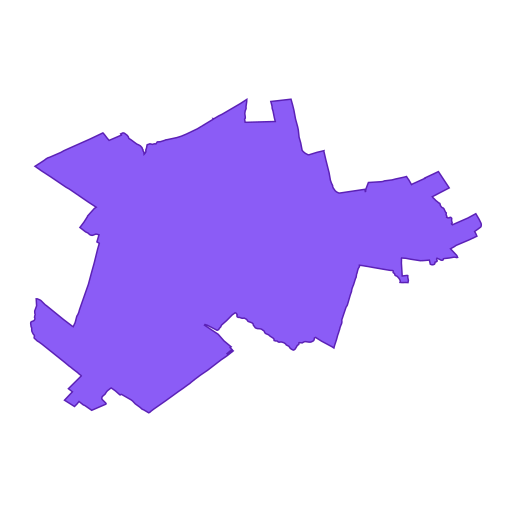 outline of Saveni, Botosani, Romania
{"feature_id": "2599482B73989625224093", "entity_name": "Saveni", "entity_type": "district", "adm_level": 2, "iso_a3": "ROU", "parent_name": "Romania", "parent_adm1": "Botosani", "projection": "equal_earth", "projection_center": [26.877, 47.965], "detail": "fine", "context": "isolated", "style": "filled", "palette": "violet", "viewbox_px": 512, "rotation_deg": 0, "n_neighbors": 0, "source": "geoboundaries", "source_scale": "gbopen_adm2", "svg_char_len": 6033}
<svg xmlns="http://www.w3.org/2000/svg" viewBox="0 0 512 512"><path d="M148.7,412.8L149.8,412.3L151.1,411.1L153.6,409.2L165.5,400.9L178.6,391.4L183.1,388.3L187.0,385.4L189.9,383.4L191.1,382.3L195.1,379.1L200.6,375.0L207.8,370.1L220.9,360.0L227.3,355.6L233.2,350.9L232.5,350.3L227.6,354.3L227.0,353.6L232.0,349.5L230.1,347.6L230.1,347.4L231.1,346.8L224.0,340.9L218.2,334.3L204.5,325.2L205.0,324.5L207.5,325.3L217.1,330.3L218.7,329.6L219.2,328.5L220.7,326.9L221.5,325.1L226.5,320.7L232.2,314.9L235.1,312.8L236.1,313.2L236.8,314.0L236.9,314.7L237.3,314.9L237.3,315.1L237.0,315.5L236.9,315.9L237.1,316.7L237.8,317.2L238.3,317.4L239.6,317.4L241.4,318.1L242.7,318.3L244.3,318.1L246.1,319.1L246.7,319.5L247.9,321.2L248.3,321.5L251.1,322.5L252.5,323.2L253.1,323.9L253.3,325.1L255.4,327.9L257.3,328.6L260.3,328.8L261.9,329.4L262.5,330.0L263.6,330.6L264.3,331.4L264.6,332.3L265.3,333.3L266.2,333.8L268.6,334.8L270.0,336.1L273.1,338.1L274.0,339.1L274.1,340.5L275.7,341.0L276.9,341.0L277.4,341.2L278.0,341.8L279.0,342.2L280.6,342.0L281.5,342.0L283.8,342.7L285.2,343.6L285.9,344.3L286.2,344.9L288.9,346.3L290.1,348.1L290.5,348.5L291.6,349.3L293.3,350.1L294.4,349.7L295.1,349.1L296.8,346.4L297.2,345.5L298.7,344.5L298.9,343.9L298.9,342.9L299.0,342.7L299.5,342.6L302.2,342.9L303.4,342.2L304.5,341.7L305.6,341.6L308.9,342.1L310.4,342.1L311.1,342.0L313.0,341.1L313.6,340.6L314.1,339.8L314.4,338.0L315.7,337.4L316.5,338.0L321.6,341.2L331.9,346.7L333.9,348.0L334.5,345.7L336.5,339.6L337.7,335.1L338.3,333.5L339.8,328.7L339.9,327.9L340.8,325.4L341.6,323.6L341.9,322.0L341.8,320.5L341.8,319.8L346.0,307.3L347.2,305.4L347.7,303.9L350.3,294.9L351.5,291.5L351.7,290.0L352.1,288.4L353.0,286.0L353.5,284.9L355.5,278.5L356.1,277.4L356.6,274.0L357.0,273.2L357.6,270.6L358.3,268.4L359.4,266.7L359.4,265.2L363.0,265.7L383.1,269.2L390.3,270.4L392.3,270.5L393.0,270.7L393.3,271.2L393.1,272.4L393.4,272.8L394.2,273.3L394.7,273.9L394.9,274.9L395.1,275.3L395.5,275.6L396.8,276.1L397.7,276.9L399.2,278.6L400.2,280.6L400.3,281.3L400.0,282.4L401.9,282.6L405.8,282.5L408.0,282.6L408.4,280.4L407.8,277.5L407.8,275.6L407.2,275.4L402.2,276.0L401.4,263.1L401.5,259.6L401.4,258.6L401.6,258.0L405.9,258.3L410.6,259.2L420.3,260.7L423.4,260.6L429.4,260.1L430.3,264.2L431.5,264.7L432.6,264.8L433.2,264.7L434.3,264.3L434.8,263.7L435.1,262.1L436.1,261.9L437.0,261.3L437.2,260.9L436.7,259.9L436.6,258.9L437.0,258.2L439.9,259.5L440.9,260.1L442.0,260.3L442.5,260.2L443.2,259.8L443.4,258.8L443.9,258.6L449.2,258.0L453.8,257.2L455.0,257.2L456.7,257.6L457.6,257.4L456.8,255.5L450.5,248.8L454.4,246.6L456.1,245.4L469.1,239.9L476.9,236.2L475.8,233.6L474.6,231.5L480.6,227.1L481.0,226.6L481.3,225.1L481.2,223.9L480.9,223.0L479.2,219.5L475.8,213.7L467.9,218.0L452.4,224.8L451.8,224.3L451.5,223.8L452.1,223.2L452.2,222.9L451.6,220.8L451.7,218.3L450.8,217.4L450.1,217.3L449.2,217.8L448.5,217.9L447.6,217.8L446.6,217.3L446.9,216.5L446.1,214.6L446.3,212.9L445.5,212.1L443.9,208.7L443.2,208.0L442.4,207.7L441.6,207.2L440.9,206.3L440.1,204.8L440.2,204.3L439.7,203.3L439.4,203.1L438.6,202.9L438.4,202.6L437.6,201.9L435.8,200.5L434.7,199.3L432.9,197.6L432.3,196.7L449.2,187.9L438.4,171.6L424.8,178.0L425.0,178.3L412.7,183.9L411.5,184.6L408.5,179.4L407.8,178.6L406.5,176.5L404.3,177.1L395.5,179.0L392.1,179.9L384.2,180.9L383.3,181.4L381.4,181.7L368.4,182.5L366.1,188.5L365.6,190.4L365.7,191.2L365.5,191.4L365.3,191.5L365.2,191.2L364.9,189.3L339.4,193.1L338.5,192.9L336.5,191.9L335.0,190.6L334.3,189.4L333.4,188.3L332.7,186.7L332.6,185.5L331.5,183.3L330.4,180.2L329.1,172.8L325.8,159.7L323.8,151.0L323.9,150.7L317.1,152.3L309.0,154.8L308.1,154.8L305.4,153.4L303.9,152.2L303.0,151.4L302.1,150.2L300.7,142.9L299.5,138.6L299.1,137.3L298.3,129.9L297.7,127.0L295.5,118.9L293.9,110.2L292.7,105.3L291.0,99.2L270.8,101.5L272.0,106.0L272.2,108.5L273.0,111.0L274.4,118.0L275.3,121.5L246.7,122.3L245.1,122.2L244.6,119.1L245.1,118.5L245.3,118.0L245.2,116.4L244.8,113.6L245.2,110.8L245.9,109.2L246.1,108.4L246.0,106.7L246.7,101.7L246.8,99.4L240.3,103.6L222.0,114.3L218.7,115.9L214.3,118.5L213.7,118.7L213.1,118.6L213.4,119.1L197.4,128.8L186.3,134.1L181.3,136.2L176.8,137.6L167.0,139.7L165.9,139.8L164.8,140.3L160.4,141.7L157.3,141.9L155.9,143.9L154.3,143.8L152.4,144.4L150.5,143.9L149.4,143.9L148.6,144.3L147.2,144.7L146.8,146.2L146.6,147.7L145.8,150.0L145.9,151.6L145.8,152.0L145.2,152.8L145.0,153.3L144.1,154.3L143.8,151.9L143.0,150.8L143.0,149.8L142.4,148.8L142.0,147.6L140.3,145.8L138.7,144.9L136.7,144.0L130.5,139.4L129.2,138.7L128.7,138.0L128.3,136.8L127.3,135.4L124.7,133.4L123.9,133.0L122.9,132.9L120.7,133.9L121.5,135.0L121.4,135.1L109.1,140.4L107.2,138.2L104.3,134.4L102.9,132.9L90.1,139.0L69.2,148.3L63.7,150.8L60.9,152.4L49.8,157.2L47.7,157.9L45.9,159.0L44.4,160.2L35.0,166.3L41.4,170.8L50.5,176.7L66.0,187.2L69.4,189.1L88.2,202.0L96.2,207.2L94.3,208.5L87.6,216.0L87.4,216.7L83.9,222.2L79.9,227.5L85.6,231.9L87.8,232.9L89.6,234.5L90.4,235.0L91.6,235.3L92.7,235.3L95.8,234.1L96.9,234.2L99.0,234.8L96.9,241.9L99.3,243.3L97.6,249.2L94.2,263.0L91.5,272.7L88.4,284.3L86.2,290.5L79.5,309.7L78.8,312.3L77.8,314.6L76.8,316.2L75.3,322.0L74.7,323.7L74.3,324.2L74.2,324.6L73.2,326.7L71.9,325.9L63.5,319.5L46.4,305.6L45.3,304.9L41.0,300.6L39.9,299.9L37.2,298.8L36.2,298.8L36.6,305.8L34.7,311.0L34.8,313.2L35.2,314.6L34.8,315.8L34.5,317.4L34.9,318.0L34.9,318.6L34.7,319.5L34.1,320.5L33.4,320.9L31.8,321.5L30.9,322.1L30.7,322.9L30.7,323.7L31.1,326.7L31.7,327.9L31.7,330.1L31.9,331.4L33.1,333.9L34.2,335.2L34.5,336.1L34.1,337.1L34.2,338.1L37.3,341.0L39.0,342.0L41.9,344.1L65.0,362.6L69.4,366.3L70.4,366.9L72.9,369.0L77.6,372.6L79.1,374.0L81.1,375.5L81.3,375.9L68.4,388.7L72.4,391.8L64.5,400.2L74.5,406.5L76.9,404.1L79.0,401.5L83.3,404.9L84.8,405.5L91.7,410.3L105.8,404.2L106.1,403.8L105.8,403.1L102.3,399.6L101.8,398.7L101.9,397.6L102.2,396.7L102.8,396.1L105.1,394.1L106.3,392.1L107.4,390.8L110.7,388.2L111.3,388.0L115.3,390.8L119.8,394.8L120.3,394.9L120.8,394.5L121.6,394.4L131.0,399.8L132.6,401.0L135.2,403.8L140.0,407.3L142.1,409.2L143.6,409.8L148.7,412.8Z" fill="#8b5cf6" stroke="#5b21b6" stroke-width="1.5"/></svg>